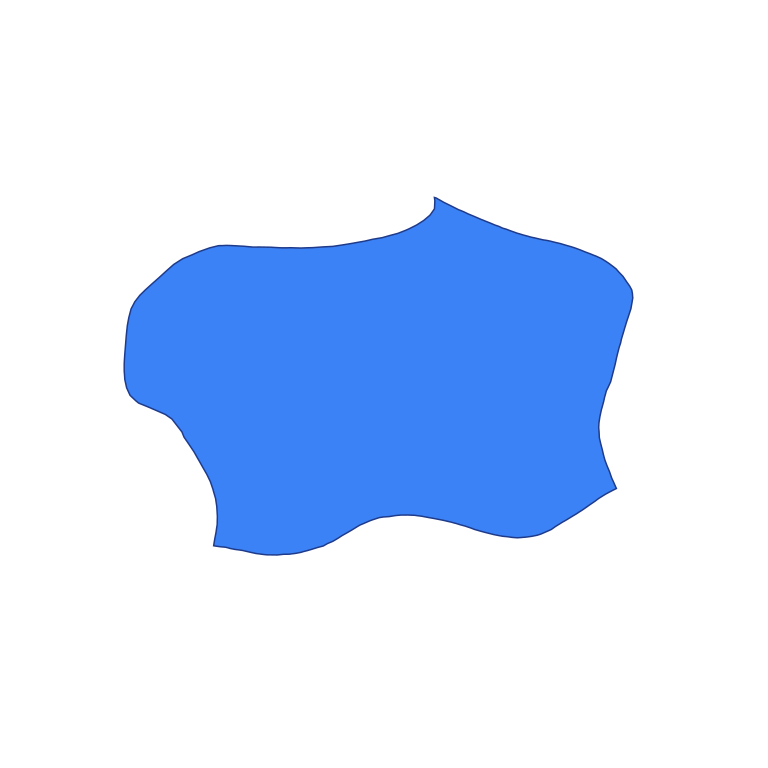 outline of Amd, Hadramawt, Yemen, rotated 217°
{"feature_id": "15242507B45832769830873", "entity_name": "Amd", "entity_type": "district", "adm_level": 2, "iso_a3": "YEM", "parent_name": "Yemen", "parent_adm1": "Hadramawt", "projection": "albers", "projection_center": [47.902, 15.341], "detail": "fine", "context": "isolated", "style": "filled", "palette": "blue", "viewbox_px": 768, "rotation_deg": 217, "n_neighbors": 0, "source": "geoboundaries", "source_scale": "gbopen_adm2", "svg_char_len": 4359}
<svg xmlns="http://www.w3.org/2000/svg" viewBox="0 0 768 768"><g transform="rotate(217 384 384)"><path d="M422.7,152.3L420.8,153.3L416.8,155.5L412.3,158.3L409.7,159.4L407.8,160.1L403.3,162.3L400.0,164.2L396.3,166.2L396.2,166.2L390.1,168.9L384.2,171.6L380.4,173.8L379.4,174.3L375.2,176.8L373.6,177.9L371.3,179.6L369.3,181.1L366.5,183.1L365.1,184.4L361.7,187.6L359.1,189.6L357.1,191.2L355.6,192.7L352.6,195.6L348.9,199.7L347.7,201.4L345.2,204.5L342.5,208.1L341.5,209.5L338.7,213.4L336.5,216.2L335.0,218.1L333.0,222.8L330.9,226.3L330.1,227.8L329.1,230.2L327.8,233.4L326.3,237.6L324.6,241.5L323.9,243.1L322.8,245.7L321.4,249.1L321.1,249.9L319.7,253.5L318.9,255.5L318.2,257.1L316.2,260.5L313.1,266.0L311.9,267.9L311.1,269.1L307.4,274.4L304.5,277.4L300.0,281.3L299.9,281.4L295.5,286.0L291.5,289.6L290.4,290.4L286.4,293.5L280.5,297.6L278.5,298.7L274.3,301.1L267.6,304.4L263.9,306.3L262.5,307.0L260.0,308.2L255.5,310.4L252.9,311.6L251.2,312.3L247.0,314.2L243.6,315.5L242.8,315.9L238.3,317.5L233.6,319.4L230.8,320.3L228.8,321.0L226.1,321.8L224.3,322.3L219.3,324.2L214.5,326.1L210.0,328.0L205.5,329.9L201.6,331.8L197.6,333.8L193.7,336.2L190.1,338.2L189.2,338.7L188.1,339.4L185.0,341.4L182.1,343.9L180.8,345.1L179.3,346.4L177.3,348.3L174.2,351.4L171.0,355.0L170.5,355.6L169.0,357.7L168.2,358.9L165.4,363.9L164.3,365.8L162.8,368.6L161.3,373.4L159.9,377.0L158.2,381.4L157.5,382.9L156.3,385.8L156.1,386.2L155.8,387.1L153.5,392.9L152.3,395.8L152.0,396.6L151.2,398.9L150.6,400.5L150.3,401.2L149.1,404.7L147.7,409.1L147.0,411.3L146.2,413.6L144.7,418.1L144.4,419.3L143.6,422.0L142.1,425.9L140.7,429.5L138.9,433.4L137.2,437.0L136.6,438.2L135.5,440.4L141.6,443.8L145.5,445.9L151.0,449.6L156.8,453.0L161.8,456.2L164.4,458.2L166.2,459.6L170.6,463.3L171.4,463.9L175.3,467.0L179.7,470.7L183.5,475.3L186.3,478.4L189.0,482.4L192.0,488.0L195.0,494.5L195.7,496.4L196.3,497.9L197.0,499.6L197.9,501.9L199.2,504.8L199.6,505.5L200.9,508.9L201.9,511.3L202.3,512.3L202.5,513.4L203.0,516.0L204.3,522.1L204.7,523.1L207.0,528.6L207.7,530.3L208.4,532.0L211.1,538.5L214.1,545.0L215.7,548.7L218.4,555.2L219.7,559.1L221.3,562.5L222.7,566.2L224.2,570.3L225.1,572.6L226.5,576.5L227.3,578.6L228.4,581.8L229.4,584.8L232.1,592.7L234.0,596.4L234.8,598.0L237.2,602.6L238.0,603.4L240.0,605.7L242.7,608.2L246.6,610.0L248.7,610.7L251.9,611.7L255.0,612.8L258.0,613.8L263.6,614.7L266.5,615.3L267.7,615.6L271.4,615.7L274.0,615.7L276.4,615.7L278.6,615.6L280.6,615.5L285.9,615.0L291.8,613.7L293.4,613.2L297.6,612.1L303.0,610.5L308.3,609.1L313.6,607.5L317.3,606.2L320.9,604.8L327.1,602.5L327.4,602.4L333.5,599.7L336.9,598.3L340.3,596.7L344.0,594.7L346.8,593.5L347.6,593.1L351.3,591.5L354.9,589.8L358.3,588.5L362.2,586.9L365.8,585.6L368.9,584.4L371.3,583.7L375.7,582.3L378.9,581.4L379.6,581.2L383.2,579.8L383.9,579.7L387.2,579.0L389.6,578.2L391.1,577.7L395.6,576.6L400.3,575.3L403.0,574.6L405.1,574.0L409.6,572.9L414.1,571.8L419.1,570.5L424.1,569.5L427.9,568.5L429.2,568.1L433.7,567.3L437.0,566.7L437.6,566.6L441.8,565.8L443.9,565.4L444.3,565.3L446.0,565.0L450.2,564.5L452.1,564.2L454.1,564.0L456.0,563.3L453.7,561.0L450.0,555.6L449.1,554.2L448.9,548.3L448.9,546.4L449.7,542.9L450.7,538.5L453.6,530.7L457.4,523.0L458.5,521.0L459.3,519.6L463.6,512.6L465.8,509.8L468.4,506.5L473.5,499.8L477.1,496.0L480.3,492.6L482.2,490.3L485.4,486.5L491.1,480.4L493.2,478.1L496.5,474.6L501.8,469.1L507.8,463.0L515.1,456.9L523.0,450.0L527.0,446.8L532.3,442.5L537.5,438.8L540.8,436.5L543.5,434.3L547.6,431.2L552.5,427.9L556.6,425.2L565.0,419.1L571.2,414.4L579.1,409.5L581.3,408.0L586.1,404.8L589.5,402.5L593.2,399.9L596.2,397.4L599.4,394.9L604.1,389.1L605.0,388.0L606.0,386.5L611.3,378.5L615.0,371.7L615.6,370.7L620.2,362.9L623.9,352.9L625.3,346.0L626.0,342.5L626.8,338.2L627.9,332.4L629.6,324.1L631.2,315.7L632.4,307.8L632.4,306.4L632.5,299.7L632.0,296.9L631.2,291.8L627.7,283.3L624.2,276.3L623.3,274.8L619.3,268.1L613.9,259.6L609.2,252.2L607.4,249.4L604.6,245.2L603.2,243.2L599.1,237.8L596.1,234.4L593.7,231.6L587.3,226.1L581.8,223.1L579.9,222.1L572.7,221.3L571.5,221.2L568.4,221.1L559.4,223.5L540.3,228.1L532.3,228.4L516.5,224.1L511.7,221.2L503.0,218.3L494.7,215.4L488.1,212.5L486.6,211.9L478.6,208.4L471.1,205.2L463.9,201.5L457.1,196.9L456.8,196.6L455.5,195.6L449.6,191.2L443.8,185.5L437.5,178.1L432.6,171.3L430.8,167.9L428.8,164.3L426.4,159.4L425.3,157.2L422.7,152.3Z" fill="#3b82f6" stroke="#1e3a8a" stroke-width="1.5"/></g></svg>